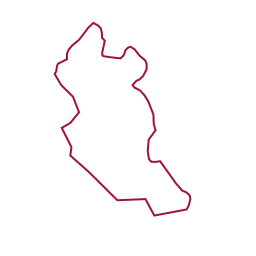 Nairi, Kotayk, Armenia, rotated 135°
{"feature_id": "60910142B16910002404560", "entity_name": "Nairi", "entity_type": "district", "adm_level": 2, "iso_a3": "ARM", "parent_name": "Armenia", "parent_adm1": "Kotayk", "projection": "robinson", "projection_center": [44.476, 40.372], "detail": "fine", "context": "isolated", "style": "outline", "palette": "rose", "viewbox_px": 256, "rotation_deg": 135, "n_neighbors": 0, "source": "geoboundaries", "source_scale": "gbopen_adm2", "svg_char_len": 947}
<svg xmlns="http://www.w3.org/2000/svg" viewBox="0 0 256 256"><g transform="rotate(135 128 128)"><path d="M144.2,29.0L139.5,30.4L134.0,33.8L132.1,36.6L132.2,41.1L133.9,45.2L133.3,54.7L130.4,71.9L128.8,81.8L132.9,84.9L135.4,87.7L135.2,91.2L130.4,97.7L121.5,105.2L110.1,106.9L107.1,112.4L103.2,116.7L100.6,119.4L95.0,132.1L93.3,139.0L92.9,145.9L94.9,152.4L94.3,155.2L88.5,155.4L85.8,154.2L80.3,154.1L73.1,156.5L69.3,160.4L68.0,163.9L68.7,171.2L67.7,178.9L68.8,183.7L71.1,184.8L74.7,184.8L79.8,182.4L84.1,182.6L90.5,190.6L94.3,195.7L94.8,197.3L93.3,199.3L82.7,206.1L82.6,210.0L79.0,214.0L76.7,218.0L76.7,221.7L78.2,226.8L85.2,227.0L92.8,225.9L100.2,225.0L109.1,225.8L114.4,225.4L118.5,223.8L122.5,219.8L131.8,222.9L134.3,222.1L138.6,218.9L141.7,217.9L144.9,205.6L144.8,189.0L151.5,173.7L165.2,172.4L174.8,174.9L181.5,154.5L188.3,149.3L186.8,125.2L186.6,84.4L165.9,65.4L171.3,47.5L144.2,29.0Z" fill="none" stroke="#9f1239" stroke-width="2"/></g></svg>